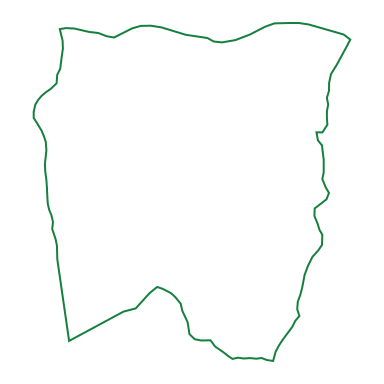 Indiaporã, São Paulo, Brazil (Albers equal-area conic projection)
{"feature_id": "56859067B57389916946553", "entity_name": "Indiaporã", "entity_type": "district", "adm_level": 2, "iso_a3": "BRA", "parent_name": "Brazil", "parent_adm1": "São Paulo", "projection": "albers", "projection_center": [-50.258, -19.956], "detail": "fine", "context": "isolated", "style": "outline", "palette": "green", "viewbox_px": 384, "rotation_deg": 0, "n_neighbors": 0, "source": "geoboundaries", "source_scale": "gbopen_adm2", "svg_char_len": 1571}
<svg xmlns="http://www.w3.org/2000/svg" viewBox="0 0 384 384"><path d="M59.8,29.1L62.6,40.7L62.9,48.6L61.3,59.8L60.2,68.9L57.2,74.8L56.6,83.3L50.7,88.9L45.8,92.3L41.7,95.7L38.1,100.0L35.3,104.7L33.7,111.8L33.7,118.0L37.3,123.5L41.7,130.9L44.2,137.0L45.8,142.0L46.4,150.3L44.9,164.1L45.3,171.8L46.3,179.1L46.9,187.0L47.4,197.9L47.8,203.8L49.2,209.9L51.4,215.2L53.0,222.0L52.2,229.1L55.5,238.7L56.9,245.4L57.1,251.4L57.3,259.3L69.1,340.9L123.5,311.6L135.7,308.4L149.7,293.0L157.1,287.0L162.4,288.7L171.0,293.2L175.1,296.9L180.7,303.7L182.3,310.8L187.6,322.1L189.5,334.2L194.7,339.2L201.3,340.5L210.5,340.3L215.1,346.5L223.2,352.1L228.1,356.0L232.5,358.9L238.0,357.7L243.6,358.5L250.3,358.1L256.3,358.7L261.6,358.0L266.8,360.0L273.1,361.0L275.6,351.8L279.0,345.4L282.6,339.9L287.7,333.0L292.2,327.0L295.3,320.8L299.4,316.0L297.2,309.2L297.8,301.7L300.4,294.6L302.2,287.6L304.6,274.9L308.0,265.8L312.4,256.9L318.2,250.5L322.0,244.9L322.3,234.7L319.5,229.9L317.6,223.8L314.4,215.9L314.7,208.4L320.7,203.8L326.5,199.3L329.0,192.9L325.7,187.4L322.3,179.0L323.7,172.6L323.7,159.7L322.7,151.8L322.0,145.4L317.9,140.3L316.5,132.3L322.4,132.4L327.4,124.7L326.9,118.0L326.9,111.2L328.2,104.7L326.9,97.9L329.0,90.8L329.1,82.9L331.0,74.1L336.8,64.7L341.2,56.6L346.0,47.8L350.3,39.6L343.7,34.5L308.8,24.5L298.9,23.0L289.0,23.0L274.3,23.4L264.9,26.8L250.0,34.5L235.4,40.1L222.0,42.4L213.7,41.5L207.4,38.0L185.8,34.8L161.5,27.4L150.7,25.7L140.8,25.9L132.3,28.3L114.0,37.5L106.6,36.2L98.3,33.0L88.9,31.9L74.2,28.5L65.9,28.1L59.8,29.1Z" fill="none" stroke="#15803d" stroke-width="2"/></svg>